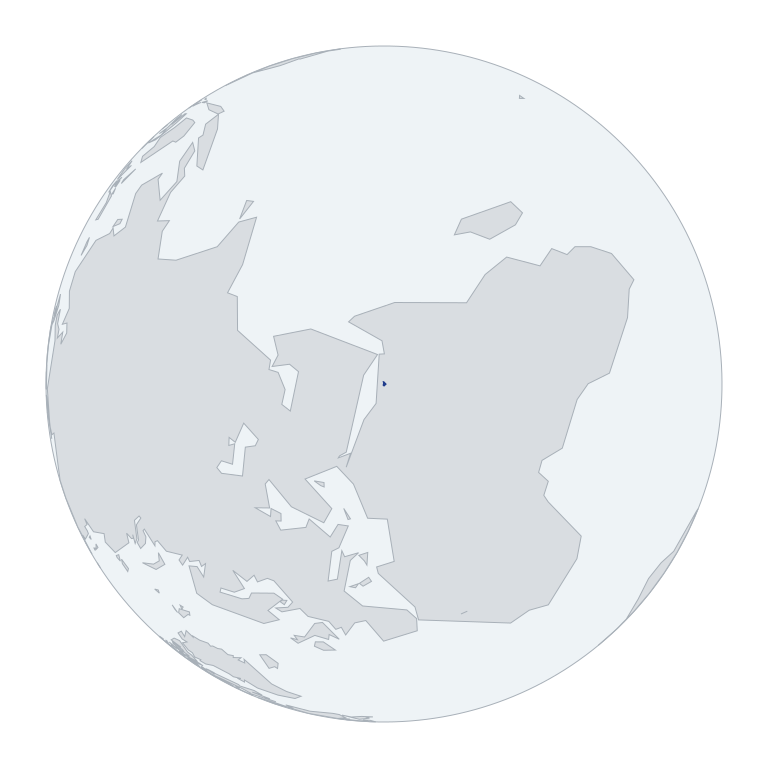 Maekel highlighted on a globe, orthographic projection, rotated 226°
{"feature_id": "ERI-1561", "entity_name": "Maekel", "entity_type": "Region", "adm_level": 1, "iso_a3": "ERI", "parent_name": "Eritrea", "parent_adm1": "", "projection": "orthographic", "projection_center": [39.01, 15.365], "detail": "fine", "context": "on_globe", "style": "filled", "palette": "blue", "viewbox_px": 768, "rotation_deg": 226, "n_neighbors": 0, "source": "natural_earth", "source_scale": "10m", "svg_char_len": 9939}
<svg xmlns="http://www.w3.org/2000/svg" viewBox="0 0 768 768"><g transform="rotate(226 384 384)"><circle cx="384" cy="384" r="338" fill="#eef3f6" stroke="#a8b0b8"/><path d="M294.5,58.1L296.1,57.7L303.3,55.9L307.5,55.0L306.5,55.5L297.0,57.7L296.1,57.8L292.8,58.8L288.4,60.0L290.0,59.7L278.5,63.0L288.3,60.6L277.8,64.1L270.6,66.2L273.6,64.7L271.5,65.4L294.5,58.1ZM229.5,83.5L231.9,82.3L244.3,76.5L239.9,79.0L229.0,85.0L218.6,90.3L213.5,93.5L221.4,90.4L200.0,103.5L182.6,118.4L177.3,122.2L170.6,124.5L175.6,118.3L170.7,121.9L199.1,101.2L229.5,83.5ZM168.0,124.1L170.0,123.0L156.7,134.2L153.5,137.5L152.7,138.7L156.8,135.6L151.7,140.4L146.7,143.4L151.2,139.0L152.8,137.8L154.9,135.6L168.0,124.1ZM47.2,356.6L47.0,359.6L46.3,375.7L46.1,383.2L46.4,389.0L46.5,394.8L52.7,417.4L60.3,439.2L62.9,459.1L62.4,476.2L75.4,520.2L76.1,523.2L66.8,500.6L59.2,477.4L53.4,453.7L49.2,429.7L46.8,405.4L46.1,381.0L47.2,356.6ZM245.8,75.6L245.0,76.1L243.1,76.9L245.8,75.6ZM253.7,72.2L253.9,72.1L251.9,73.0L250.8,73.4L253.7,72.2ZM266.5,67.2L270.1,65.9L253.3,72.5L256.6,71.0L266.5,67.2ZM305.9,55.2L306.1,55.2L298.3,57.1L301.6,56.3L305.9,55.2ZM342.1,48.7L341.8,48.7L332.9,50.0L328.0,50.8L342.1,48.7ZM326.9,50.9L330.2,50.5L312.5,53.7L326.9,50.9ZM451.6,52.9L451.1,52.8L448.7,52.3L451.6,52.9ZM309.8,54.5L312.2,53.9L321.9,52.0L318.8,53.0L316.7,53.2L309.8,54.5ZM357.5,47.1L358.7,47.0L342.7,48.6L343.5,48.5L357.5,47.1ZM314.0,53.9L317.0,53.7L311.5,55.2L308.1,55.1L314.0,53.9ZM325.7,51.2L330.1,50.5L326.7,51.2L325.7,51.2ZM293.8,61.4L296.4,60.0L301.7,58.8L293.8,61.4ZM318.5,53.6L320.4,53.1L322.8,52.7L323.6,52.9L318.5,53.6ZM343.4,48.7L341.8,49.0L349.9,48.0L349.9,48.3L339.2,49.5L343.8,49.2L343.8,49.3L335.1,50.2L343.4,48.7ZM331.6,52.1L318.0,54.6L311.9,57.1L307.0,58.1L317.7,54.0L331.6,52.1ZM334.4,50.8L331.6,51.7L326.9,52.1L326.0,51.9L334.4,50.8ZM353.7,48.3L356.5,47.4L358.8,47.3L353.7,48.3ZM330.7,52.6L334.0,52.0L330.8,52.7L330.7,52.6ZM347.7,49.3L348.4,48.9L350.9,48.7L347.7,49.3ZM340.1,51.5L335.7,52.2L334.9,51.8L340.1,51.5ZM344.3,50.4L347.6,50.3L337.3,51.3L344.2,50.2L344.3,50.4ZM349.9,49.2L351.7,49.0L349.3,49.5L349.9,49.2ZM345.5,52.9L332.7,54.3L331.0,53.3L343.7,52.0L345.5,52.9ZM522.8,75.9L522.0,75.5L527.0,77.9L538.0,83.3L539.7,84.1L553.3,94.1L578.0,112.5L578.2,109.9L586.1,114.7L614.4,138.5L643.7,177.4L654.6,188.3L660.5,196.6L662.6,203.2L654.1,191.1L649.1,188.2L644.0,181.0L644.5,189.0L637.1,179.1L641.1,191.2L648.1,198.3L650.4,194.1L657.0,210.1L669.3,222.2L679.3,240.0L687.4,276.6L682.8,291.2L684.4,297.5L678.1,292.6L676.5,307.0L693.5,337.7L695.4,347.8L689.6,371.1L688.2,363.7L671.7,350.6L673.5,375.6L686.2,391.8L690.7,414.2L683.1,409.8L677.9,390.3L672.0,385.1L670.1,363.6L658.6,334.3L650.6,343.1L647.9,330.6L630.9,308.3L617.5,320.4L598.6,359.4L601.4,392.0L592.5,408.2L568.1,365.2L558.3,334.8L548.8,339.2L524.3,315.9L480.0,319.0L474.3,311.3L465.9,315.9L448.7,309.0L440.3,296.3L429.6,297.8L452.3,331.1L463.8,329.8L474.3,315.7L478.4,327.9L495.0,337.7L474.4,369.6L409.7,399.8L404.5,375.5L361.2,309.5L363.2,302.1L363.0,301.3L362.6,299.8L357.4,311.8L350.4,299.0L372.3,344.9L375.5,364.8L408.8,401.3L405.4,405.2L416.5,412.6L453.3,401.7L453.2,409.9L435.2,448.3L385.1,499.8L392.5,532.8L390.1,560.4L360.6,578.3L364.9,598.7L349.9,605.6L350.1,616.8L339.0,628.2L319.8,638.3L285.4,636.2L281.9,626.3L262.6,605.3L235.2,553.7L242.4,531.1L238.7,512.2L214.0,467.7L219.3,444.6L213.0,433.8L199.9,434.6L192.9,421.6L185.1,420.2L137.6,420.2L124.3,401.4L111.0,348.8L120.4,331.3L124.1,309.0L190.3,245.0L202.1,251.4L251.7,248.3L257.5,251.6L249.3,268.1L284.5,292.5L298.8,279.0L333.2,292.5L357.6,292.8L370.5,261.2L330.6,259.9L326.0,244.3L360.0,232.1L395.2,234.9L394.6,229.1L374.3,215.6L384.4,205.4L367.5,210.3L372.9,216.3L362.4,219.9L356.9,214.8L360.7,211.1L350.6,208.2L335.1,228.2L338.9,236.4L311.3,239.0L314.9,253.4L306.7,259.7L297.5,237.8L299.9,230.2L281.1,206.9L276.0,214.9L293.4,237.9L287.1,235.7L280.3,248.5L280.5,237.2L262.8,211.5L239.2,214.4L205.6,243.5L192.6,244.5L183.4,236.5L199.3,205.1L226.5,206.6L232.5,197.0L230.1,182.1L238.6,184.3L241.0,178.9L251.6,179.4L269.6,167.9L280.9,167.6L291.0,152.3L298.1,150.5L290.1,159.8L290.6,166.8L318.9,168.1L325.2,165.1L329.5,155.5L336.7,157.7L337.2,148.3L355.0,145.8L333.8,141.5L338.2,131.7L350.5,125.0L348.2,121.5L328.1,132.6L323.6,137.9L325.7,143.5L310.0,159.5L299.6,161.6L301.7,143.2L287.2,144.9L295.2,131.2L344.5,107.2L363.5,103.9L388.6,117.4L382.5,122.7L370.4,120.2L378.8,130.9L379.5,126.0L385.5,128.4L391.3,120.9L395.8,122.4L393.6,113.3L399.8,114.3L401.1,120.0L414.9,111.3L428.7,112.2L429.6,109.7L426.7,106.8L446.1,110.8L445.9,108.8L439.5,106.6L435.0,101.6L434.7,94.7L441.4,96.4L442.4,99.1L454.7,108.1L456.5,116.0L459.2,116.1L459.3,109.8L444.3,98.7L442.1,94.2L450.2,98.6L447.1,96.6L448.2,95.0L455.5,95.2L447.0,90.2L449.4,73.6L463.9,73.7L470.8,78.7L479.5,72.4L495.1,75.1L489.2,72.8L489.4,69.7L484.5,68.6L481.7,67.4L479.9,61.5L484.7,62.3L477.3,59.3L474.2,58.4L470.2,57.4L464.4,55.8L494.1,64.5L522.8,75.9ZM165.1,279.6L162.7,286.1L165.1,279.6ZM431.4,255.1L453.3,255.9L445.4,236.5L453.2,235.5L447.6,229.7L444.7,235.1L431.5,219.3L441.7,213.7L440.0,205.7L432.6,205.1L416.1,218.3L434.9,240.4L429.0,248.5L431.4,255.1ZM157.0,134.0L157.3,133.9L155.4,136.1L154.2,136.9L157.0,134.0ZM160.4,137.0L152.2,144.8L157.2,139.4L153.7,141.4L159.9,133.4L175.0,123.8L167.1,129.2L160.4,137.0ZM172.3,121.4L166.7,126.7L172.3,121.4L172.3,121.4ZM243.7,151.8L246.2,155.5L240.6,161.2L226.4,164.2L234.4,155.6L243.7,151.8ZM251.2,159.6L257.2,142.1L266.3,140.4L260.2,144.1L265.6,144.8L257.2,151.1L259.9,167.8L255.2,174.1L231.5,174.5L241.9,170.5L238.7,166.7L251.2,159.6ZM256.6,109.0L259.3,103.8L275.5,106.5L271.1,111.2L256.6,113.8L253.3,109.8L256.6,109.0ZM265.8,69.0L265.8,68.6L268.4,67.7L270.6,67.3L265.8,69.0ZM294.6,60.8L268.6,70.7L267.2,70.4L253.6,77.7L244.8,80.2L253.9,75.2L236.9,83.2L241.7,79.7L230.5,85.5L251.8,74.0L255.4,71.9L254.8,73.1L262.7,70.7L267.3,69.0L282.7,63.2L294.3,58.7L304.1,56.4L307.9,56.1L306.6,56.8L300.7,57.8L303.2,58.1L293.7,60.3L294.6,60.8ZM347.0,66.5L340.7,65.1L344.1,70.4L334.6,70.8L335.6,71.4L327.7,73.5L319.8,77.4L315.9,77.1L314.5,78.8L309.3,80.6L306.1,83.0L297.8,83.7L293.3,86.9L292.0,85.5L286.4,91.0L286.8,87.4L280.1,90.0L283.2,92.1L246.3,94.8L230.5,100.3L217.0,107.4L219.6,101.5L233.9,91.6L253.2,81.8L268.0,78.0L266.5,76.6L273.2,74.5L271.6,76.5L278.0,72.3L283.1,71.3L300.2,65.6L306.4,61.3L312.8,59.5L312.9,60.7L319.2,58.2L323.8,59.5L328.5,58.5L337.8,59.3L335.3,63.1L340.8,61.7L348.0,62.9L347.0,66.5ZM347.8,53.2L347.0,56.5L341.4,58.7L327.7,56.5L322.8,57.3L313.8,57.0L322.1,54.2L323.9,54.4L327.6,54.0L323.5,55.0L329.6,54.0L332.3,54.5L337.7,54.0L335.9,55.1L347.8,53.2ZM265.6,245.9L270.4,247.0L278.2,246.9L274.1,255.3L265.6,245.9ZM253.1,228.5L257.7,227.8L255.6,238.7L250.7,237.9L253.1,228.5ZM261.9,218.7L258.1,226.9L257.2,222.0L261.9,218.7ZM294.5,159.0L299.5,158.1L299.4,160.4L295.8,163.8L294.5,159.0ZM355.2,85.7L352.5,83.7L354.4,82.9L355.0,77.6L362.1,77.4L364.6,80.6L355.2,85.7ZM362.8,266.5L354.8,272.4L351.5,269.4L354.9,267.9L362.8,266.5ZM311.5,264.0L322.5,268.6L310.3,266.2L311.5,264.0ZM363.1,84.6L362.5,82.3L366.5,83.7L363.1,84.6ZM367.4,77.1L372.3,78.2L363.0,76.8L367.4,77.1ZM495.4,679.8L497.4,682.0L492.2,683.0L495.4,679.8ZM448.8,554.2L427.1,601.8L410.9,602.5L407.2,589.1L414.7,560.6L433.4,551.8L442.4,538.2L448.8,554.2ZM712.1,453.5L713.4,453.0L713.1,454.6L712.1,453.5ZM711.0,450.2L713.1,448.5L710.1,454.0L711.0,450.2ZM713.7,447.9L715.7,442.7L716.7,439.3L716.1,442.6L713.7,447.9ZM709.3,451.8L697.1,459.4L691.3,458.5L693.5,452.2L702.9,448.6L709.3,451.8ZM693.0,452.3L683.1,441.4L663.8,402.4L670.8,400.8L689.8,421.5L688.8,426.7L694.8,436.2L693.0,452.3ZM713.9,411.8L712.6,426.7L706.7,429.8L703.5,429.5L701.4,412.3L702.6,402.2L705.5,400.9L712.3,363.0L715.5,368.5L714.4,383.7L716.7,394.4L713.9,411.8ZM603.0,394.8L611.4,412.7L606.0,417.0L603.0,394.8ZM711.8,338.6L711.2,354.8L710.7,334.3L711.8,338.6ZM709.6,320.2L711.3,326.9L708.9,321.3L709.6,320.2ZM687.3,306.8L684.4,310.1L682.8,305.4L685.5,298.4L687.3,306.8ZM686.9,255.4L692.6,269.0L694.1,274.0L690.0,266.5L686.9,255.4ZM423.2,86.1L414.5,93.1L412.9,99.5L419.4,104.5L406.5,101.1L408.9,91.2L423.2,86.1ZM445.5,74.6L439.7,71.3L444.6,71.5L446.6,72.3L445.5,74.6ZM440.3,73.5L428.8,72.0L427.1,69.4L436.5,71.0L440.3,73.5ZM395.8,76.6L392.7,78.5L389.6,77.1L395.8,76.6ZM655.5,585.2L655.2,585.0L662.4,575.0L676.1,549.2L676.9,548.8L685.2,530.4L699.0,505.7L708.8,477.2L701.3,500.2L692.2,522.6L681.5,544.3L669.2,565.2L655.5,585.2ZM717.7,437.4L715.0,450.4L717.8,436.5L718.0,435.3L717.7,437.4ZM721.2,404.9L720.9,408.9L720.9,406.8L721.2,404.9ZM721.3,404.9L721.3,405.0L721.5,401.5L721.3,404.9ZM717.9,396.4L718.5,404.6L720.2,396.3L718.8,406.5L719.0,419.7L718.2,425.9L718.2,411.4L716.6,428.7L715.7,429.5L716.1,415.8L717.6,397.4L718.4,389.2L721.1,381.8L717.9,396.4ZM721.8,390.5L721.7,380.8L721.6,373.3L721.8,378.1L721.8,390.5ZM719.6,357.9L717.3,347.9L716.7,354.2L716.4,334.3L719.0,347.1L719.6,357.9ZM715.2,333.6L714.8,339.2L714.2,328.1L715.2,333.6ZM713.8,335.7L712.1,327.7L713.3,327.6L713.8,335.7ZM715.8,333.1L713.1,319.0L715.1,326.5L715.8,333.1ZM707.4,310.3L712.6,320.8L708.6,318.6L701.1,292.8L702.3,290.7L707.4,310.3ZM667.7,202.7L663.3,196.4L662.3,193.8L665.6,198.8L667.7,202.7ZM655.2,182.3L660.6,191.2L664.4,199.8L666.5,201.9L673.4,213.8L666.4,204.6L658.8,190.5L657.2,186.2L650.4,177.0L645.1,169.7L636.1,159.3L631.7,154.2L639.4,162.7L645.9,170.5L655.2,182.3ZM626.8,149.0L627.5,149.7L626.4,148.8L632.2,155.1L614.6,137.3L615.6,137.9L626.8,149.0ZM610.7,133.5L609.5,132.8L581.0,111.0L575.3,106.9L597.6,122.3L597.6,122.7L604.4,128.3L610.7,133.5ZM454.8,53.6L451.4,52.9L453.8,53.4L454.8,53.6ZM479.0,67.0L475.5,65.4L478.5,65.5L479.0,67.0ZM467.5,61.4L466.6,62.3L464.8,60.6L467.5,61.4ZM465.1,64.7L465.0,62.3L469.1,65.7L465.1,64.7Z" fill="#d9dde1" stroke="#a8b0b8" stroke-width="1"/><path d="M382.7,385.2L382.7,382.9L382.8,382.8L383.0,382.8L383.3,382.8L383.7,382.8L383.8,383.0L383.9,383.3L384.5,384.1L384.8,384.5L385.1,384.7L385.6,385.0L385.8,385.1L385.7,385.2L382.7,385.2Z" fill="#3b82f6" stroke="#1e3a8a" stroke-width="1.5"/></g></svg>